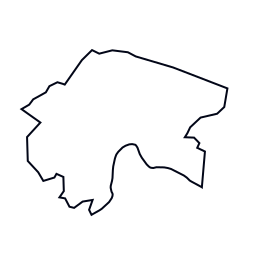 the district of Daviess, Kentucky, United States of America, rotated 173°
{"feature_id": "52423323B15585181357982", "entity_name": "Daviess", "entity_type": "district", "adm_level": 2, "iso_a3": "USA", "parent_name": "United States of America", "parent_adm1": "Kentucky", "projection": "albers", "projection_center": [-87.088, 37.746], "detail": "fine", "context": "isolated", "style": "outline", "palette": "ink", "viewbox_px": 256, "rotation_deg": 173, "n_neighbors": 0, "source": "geoboundaries", "source_scale": "gbopen_adm2", "svg_char_len": 1162}
<svg xmlns="http://www.w3.org/2000/svg" viewBox="0 0 256 256"><g transform="rotate(173 128 128)"><path d="M24.5,155.2L75.9,182.6L111.6,198.1L118.9,203.2L134.1,207.0L147.5,205.3L154.2,209.7L165.5,201.0L185.5,178.8L187.4,179.8L192.5,182.0L200.9,179.1L205.2,173.4L218.6,168.0L223.2,163.2L231.4,159.7L214.3,144.1L229.3,131.3L231.5,107.5L222.5,95.0L218.5,85.8L207.1,87.8L204.6,91.2L198.1,87.3L199.4,73.2L204.5,67.5L199.0,65.8L195.7,57.0L191.2,55.3L182.0,60.5L171.9,60.9L176.6,51.5L174.8,46.3L166.3,49.8L163.9,51.0L155.8,56.8L152.7,60.4L151.7,62.4L151.3,64.2L151.5,65.2L152.1,66.7L152.3,68.5L152.5,70.7L152.2,72.6L150.3,77.5L149.5,80.2L148.1,88.3L147.3,91.8L144.7,99.3L143.8,101.2L142.8,103.1L140.8,105.3L140.5,105.6L135.8,109.3L132.6,110.7L128.7,111.6L125.8,111.5L122.9,110.5L122.2,109.8L121.0,107.4L119.5,100.7L117.9,96.8L113.9,89.6L112.0,87.2L110.8,86.1L109.9,85.7L107.8,85.2L104.6,85.6L96.9,84.5L93.3,83.4L90.3,82.1L78.4,74.1L75.7,71.6L73.7,69.1L73.3,68.5L71.7,67.2L62.0,60.3L61.9,60.2L54.5,95.3L61.7,99.9L59.0,104.3L63.6,110.4L72.7,111.9L69.7,115.6L66.2,121.1L54.7,129.5L37.8,131.3L29.9,137.1L24.5,155.2Z" fill="none" stroke="#020617" stroke-width="2"/></g></svg>